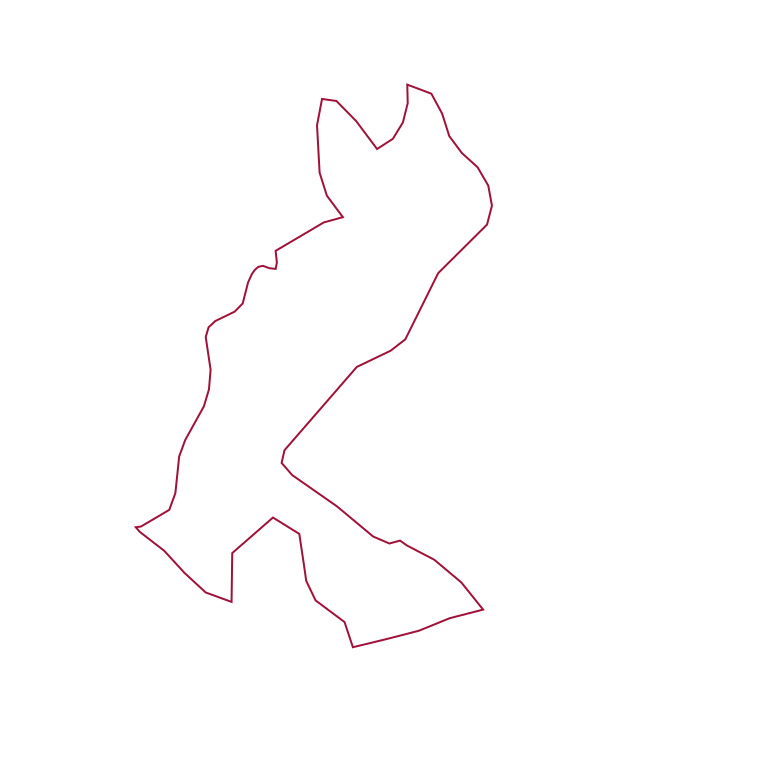 map outline of Samaná (Equal Earth projection), rotated 302°
{"feature_id": "DOM-1983", "entity_name": "Samaná", "entity_type": "Province", "adm_level": 1, "iso_a3": "DOM", "parent_name": "Dominican Republic", "parent_adm1": "", "projection": "equal_earth", "projection_center": [-69.507, 19.186], "detail": "fine", "context": "isolated", "style": "outline", "palette": "rose", "viewbox_px": 768, "rotation_deg": 302, "n_neighbors": 0, "source": "natural_earth", "source_scale": "10m", "svg_char_len": 1078}
<svg xmlns="http://www.w3.org/2000/svg" viewBox="0 0 768 768"><g transform="rotate(302 384 384)"><path d="M131.0,249.4L134.3,253.4L163.5,268.6L180.9,264.9L214.0,248.7L231.2,245.1L269.6,243.1L286.7,238.4L304.2,229.4L329.4,207.9L339.2,205.2L348.1,207.6L366.2,219.0L377.4,221.5L398.1,214.9L407.1,213.7L412.1,213.9L416.7,215.3L420.1,218.8L421.5,225.5L424.2,231.1L430.1,228.9L439.5,221.5L489.1,247.3L503.7,260.7L513.4,235.8L529.1,217.4L567.9,190.1L592.9,180.4L598.8,193.7L592.2,221.1L579.6,253.6L596.7,261.6L615.9,261.4L634.7,255.3L650.2,245.1L655.3,270.3L644.1,290.0L628.8,308.0L621.1,327.7L617.4,348.5L607.5,367.3L592.5,381.0L573.8,386.9L506.7,371.2L433.2,378.4L415.8,372.0L384.1,351.9L275.1,334.7L262.8,339.0L258.1,354.4L255.3,409.0L248.9,455.7L251.6,473.1L259.7,480.6L259.2,489.1L261.6,519.7L256.7,554.7L245.2,587.6L220.3,563.9L193.2,544.3L168.6,520.9L144.3,497.1L161.2,476.7L164.2,440.7L175.8,422.4L189.3,411.0L212.0,391.6L211.9,360.6L160.2,344.9L118.4,370.2L112.7,343.2L118.1,314.8L126.1,286.0L129.2,255.2L131.0,249.4Z" fill="none" stroke="#9f1239" stroke-width="2"/></g></svg>